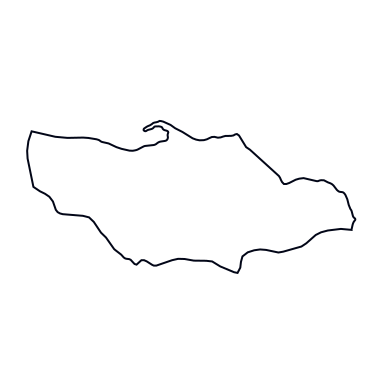 an SVG outline of Tébessa, rotated 80°
{"feature_id": "DZA-2223", "entity_name": "Tébessa", "entity_type": "Province", "adm_level": 1, "iso_a3": "DZA", "parent_name": "Algeria", "parent_adm1": "", "projection": "albers", "projection_center": [7.688, 35.056], "detail": "fine", "context": "isolated", "style": "outline", "palette": "ink", "viewbox_px": 384, "rotation_deg": 80, "n_neighbors": 0, "source": "natural_earth", "source_scale": "10m", "svg_char_len": 2683}
<svg xmlns="http://www.w3.org/2000/svg" viewBox="0 0 384 384"><g transform="rotate(80 192 192)"><path d="M235.9,277.6L234.7,278.6L221.9,284.6L216.2,288.7L204.4,293.9L199.1,297.8L196.5,303.6L191.4,323.1L190.2,325.7L188.5,327.8L185.9,329.2L177.2,330.6L171.9,333.3L168.2,337.1L164.9,341.6L159.4,347.3L159.2,347.3L130.5,348.1L122.8,347.2L113.5,344.3L104.4,339.4L113.9,317.0L117.1,305.2L119.5,289.8L120.8,284.6L123.5,276.9L124.3,275.3L124.8,274.5L126.6,272.7L127.1,271.9L129.7,265.7L134.7,258.6L137.3,253.8L140.4,246.4L140.7,245.0L141.1,243.2L141.1,240.8L141.0,239.4L140.8,238.3L138.8,232.0L138.6,231.2L138.5,230.3L139.1,221.4L138.9,220.1L138.6,219.1L138.2,218.4L137.5,217.0L137.2,216.2L137.0,215.4L136.9,214.5L136.9,213.6L137.0,209.8L136.9,208.9L136.7,208.2L136.2,207.5L135.6,206.9L134.8,206.5L133.9,206.2L132.1,206.2L131.2,206.0L129.1,205.0L128.4,205.1L127.7,205.6L127.1,206.6L126.2,208.5L125.4,209.4L124.5,209.9L123.7,210.1L123.0,210.4L122.5,211.0L122.0,212.0L121.6,213.2L121.1,216.3L121.1,217.4L121.4,218.0L121.9,218.6L122.4,219.3L122.7,220.0L122.9,220.8L123.0,221.7L123.2,224.4L123.4,225.2L124.0,226.7L124.0,227.5L123.6,228.3L122.6,228.9L121.8,228.7L121.2,228.2L119.9,225.3L119.4,223.7L119.1,222.1L118.8,221.3L118.2,219.8L117.4,218.4L117.2,217.6L117.1,216.7L117.1,214.8L117.0,213.9L116.9,213.1L116.6,212.3L116.4,211.5L116.8,210.1L117.7,208.1L122.2,201.5L126.3,197.5L131.2,191.0L139.2,182.1L141.1,178.9L142.4,175.6L143.0,171.3L142.7,168.2L141.9,165.4L141.3,162.9L141.6,160.3L143.0,157.1L143.2,154.3L142.8,151.8L142.6,149.4L143.5,143.8L143.5,141.4L142.8,139.5L142.7,137.7L144.5,135.9L157.2,130.9L160.4,127.6L191.4,103.6L193.4,102.8L195.6,102.3L197.8,101.6L200.1,100.1L200.5,97.7L200.0,94.7L197.9,87.7L197.5,84.1L197.7,79.7L202.9,67.5L203.2,66.2L202.8,64.2L202.8,63.2L202.8,62.7L203.4,60.0L206.1,56.5L207.4,54.3L208.3,53.1L208.8,52.6L210.2,51.5L215.2,48.9L216.4,47.9L217.0,47.3L217.4,46.6L217.7,45.8L218.2,44.1L218.6,43.3L219.2,42.7L220.1,42.1L221.6,41.4L226.2,40.3L231.9,39.9L236.1,39.0L237.7,38.3L238.6,38.1L243.5,37.7L244.4,37.5L245.6,36.8L245.9,36.5L246.5,36.0L247.1,35.9L247.8,36.1L249.5,37.9L250.8,38.8L251.9,39.4L256.9,41.5L257.0,41.5L254.2,51.8L253.5,64.9L254.1,71.9L255.8,77.6L262.4,88.4L264.7,93.7L265.2,98.8L266.6,112.5L266.6,117.4L261.9,129.1L260.4,134.9L260.2,140.9L261.1,147.6L264.2,153.5L269.3,155.9L274.9,157.6L279.6,161.2L278.3,164.5L270.2,177.1L263.9,184.2L262.2,190.0L259.9,202.1L256.7,210.9L255.4,217.3L255.7,223.4L258.3,240.0L257.9,242.3L256.9,243.8L256.7,244.0L252.4,248.7L250.8,251.1L250.4,253.7L253.9,259.2L252.9,261.1L248.1,264.2L247.2,265.5L246.3,268.4L245.7,269.5L244.6,270.6L241.4,272.6L235.9,277.6Z" fill="none" stroke="#020617" stroke-width="2"/></g></svg>